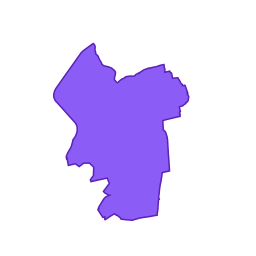 Haarlem, Noord-Holland, Netherlands (Robinson projection), rotated 154°
{"feature_id": "6326949B1246311998557", "entity_name": "Haarlem", "entity_type": "district", "adm_level": 2, "iso_a3": "NLD", "parent_name": "Netherlands", "parent_adm1": "Noord-Holland", "projection": "robinson", "projection_center": [4.639, 52.384], "detail": "fine", "context": "isolated", "style": "filled", "palette": "violet", "viewbox_px": 256, "rotation_deg": 154, "n_neighbors": 0, "source": "geoboundaries", "source_scale": "gbopen_adm2", "svg_char_len": 5422}
<svg xmlns="http://www.w3.org/2000/svg" viewBox="0 0 256 256"><g transform="rotate(154 128 128)"><path d="M68.0,169.4L69.6,169.7L70.1,169.9L71.9,170.3L72.1,170.2L72.8,170.3L73.0,170.4L74.1,170.6L74.5,170.6L75.1,170.5L75.6,170.7L76.2,170.9L76.9,171.1L81.0,172.1L81.4,172.0L81.9,172.1L81.8,172.3L84.0,172.9L84.8,172.9L84.8,173.0L85.9,173.0L87.1,173.2L87.5,173.3L88.3,173.3L89.1,173.3L89.4,173.1L90.6,173.0L92.7,172.8L92.9,172.7L93.5,172.3L94.0,172.8L94.4,172.8L94.5,172.6L94.8,172.6L96.3,172.6L96.9,172.7L97.1,172.7L97.9,172.5L98.7,172.1L98.9,172.0L99.4,172.0L99.5,172.0L99.8,172.0L100.3,172.0L100.9,172.4L101.8,173.0L103.1,173.7L104.8,174.2L106.2,174.7L107.0,174.9L107.3,175.0L108.0,174.9L108.6,174.8L109.9,174.6L111.0,174.6L112.3,174.7L112.5,174.6L114.8,174.1L116.6,173.5L117.4,173.3L117.7,173.6L118.0,173.9L118.2,174.3L118.4,174.8L118.4,175.2L118.6,175.8L119.0,176.7L119.1,177.1L119.0,177.3L118.7,177.9L118.1,179.1L117.7,179.7L116.6,180.8L116.3,181.2L115.8,181.8L115.4,182.4L115.3,182.7L115.0,183.2L114.9,183.6L114.7,184.6L114.8,184.9L115.0,185.5L115.2,186.2L115.9,187.7L116.3,188.6L116.4,188.8L116.9,189.4L117.1,189.8L119.1,191.8L119.4,192.1L120.1,192.6L120.9,193.3L121.3,193.6L122.3,194.5L122.7,195.0L123.4,196.5L123.5,197.0L123.3,197.7L123.3,198.0L123.3,198.3L123.4,199.3L123.4,199.9L123.5,200.3L123.6,201.4L123.6,202.4L123.6,204.1L123.5,204.7L123.3,205.4L123.4,205.7L123.7,206.6L123.9,207.5L124.5,208.9L124.5,209.0L124.2,209.6L124.0,209.9L123.6,211.6L123.5,212.0L123.5,213.0L122.5,214.2L122.3,214.7L122.0,215.2L121.9,215.4L121.9,215.7L121.7,216.7L121.7,217.2L121.6,217.6L121.8,218.3L121.9,218.5L122.3,219.2L127.1,218.4L134.1,217.1L135.1,216.8L136.2,216.5L137.0,216.2L137.7,215.9L138.1,215.6L140.6,214.3L141.8,213.7L142.9,213.0L155.3,206.2L158.7,204.4L175.0,195.4L175.8,194.9L176.5,194.4L177.3,193.8L177.9,193.3L178.4,192.7L179.1,191.9L179.7,191.2L180.3,190.1L180.7,189.4L180.9,188.9L181.1,188.3L181.2,187.9L181.3,186.9L181.4,185.7L181.4,185.1L181.3,184.5L181.2,183.9L181.2,183.7L181.0,183.0L180.7,182.2L179.8,179.1L179.1,176.8L175.7,164.6L173.4,156.7L173.2,155.8L173.1,155.2L173.1,154.8L173.0,153.2L173.1,152.4L173.2,151.7L173.4,151.0L173.8,150.1L173.9,149.8L174.0,149.7L174.3,148.9L175.2,147.3L175.4,147.1L176.1,146.3L177.2,145.1L178.0,144.4L178.7,143.8L179.3,143.4L180.9,142.4L181.3,142.2L182.7,141.5L183.0,141.0L183.5,140.3L185.2,138.4L186.5,136.9L187.5,135.9L188.4,135.2L191.7,133.0L192.8,132.3L193.3,131.9L195.0,130.4L195.5,130.0L195.9,129.5L196.3,128.9L196.5,128.5L196.4,127.9L196.4,127.6L196.5,127.4L196.1,127.5L198.0,120.5L191.0,118.9L188.8,114.7L183.2,115.8L178.1,113.4L178.0,113.2L176.0,107.8L179.9,100.5L184.6,97.9L184.8,96.0L177.9,94.4L168.7,92.1L169.0,86.4L177.9,81.8L177.7,81.0L177.6,80.6L177.5,80.3L177.1,79.5L176.7,78.8L176.0,77.9L175.2,76.8L174.7,76.3L174.0,75.7L177.1,75.8L177.7,75.8L178.2,75.8L178.8,75.7L179.4,75.4L180.5,75.0L181.3,74.6L188.7,69.9L190.4,68.2L190.0,68.0L190.3,67.7L190.5,67.7L190.8,67.8L190.9,67.7L190.8,66.7L189.8,58.7L187.9,58.3L188.0,58.2L188.2,57.9L188.6,56.9L188.9,55.9L188.8,55.6L188.2,55.7L187.3,55.7L186.3,55.9L185.6,56.0L184.1,56.2L182.0,56.5L179.8,56.7L178.4,56.8L177.9,57.0L176.7,54.7L176.4,54.8L175.2,52.7L175.1,52.2L174.5,51.2L174.3,50.7L174.2,50.3L174.3,49.4L174.2,49.2L173.8,48.9L170.6,46.8L170.0,46.4L168.5,45.6L167.6,45.0L167.1,44.7L166.3,44.2L165.9,43.9L165.2,43.6L164.5,43.2L164.2,43.1L163.4,43.0L162.8,42.9L161.1,42.7L159.7,42.4L158.9,42.2L157.8,42.1L157.5,42.1L156.7,41.8L154.1,41.1L150.5,39.9L149.6,39.7L147.3,38.9L145.8,38.5L145.1,38.3L144.8,38.2L142.8,37.7L140.1,36.8L138.8,38.9L138.4,39.7L138.2,39.7L136.7,42.0L136.3,42.6L136.1,43.0L135.9,43.3L135.3,44.6L134.9,45.3L134.7,45.6L134.5,45.9L133.3,47.9L132.0,50.2L131.1,50.2L131.0,50.6L130.9,51.7L130.8,52.5L129.9,53.7L128.9,55.2L127.5,57.5L126.7,58.8L124.6,61.9L123.3,63.8L122.6,64.4L122.2,65.0L121.7,65.7L121.3,66.3L120.3,67.7L118.7,70.0L117.9,71.2L117.7,71.5L116.9,72.6L116.7,72.9L109.5,71.2L108.8,72.9L108.5,73.6L106.3,79.0L105.9,80.1L105.5,80.8L103.5,86.0L101.1,91.8L100.3,93.7L97.9,99.4L97.6,100.1L97.4,100.9L97.2,101.5L97.0,102.6L96.8,102.6L96.6,104.0L96.2,106.2L96.1,107.4L96.1,108.3L96.2,108.6L96.7,110.1L96.8,110.4L97.1,111.0L97.0,111.4L96.6,112.1L96.3,112.6L96.2,112.8L96.1,113.2L95.6,114.3L95.2,115.4L95.0,115.8L94.7,116.7L94.0,118.0L93.4,119.4L89.0,118.6L84.7,117.6L80.1,116.6L76.1,115.6L75.4,116.9L75.6,117.0L75.2,117.9L75.4,117.9L74.9,119.1L74.9,119.3L74.5,119.8L74.4,119.8L74.1,119.7L73.7,119.8L73.7,120.0L73.5,120.4L73.5,120.6L73.4,121.0L73.0,122.9L72.5,124.5L72.3,124.5L72.1,124.5L69.0,123.9L68.9,124.2L68.7,124.3L67.3,124.4L67.2,124.4L66.5,124.5L65.8,124.6L65.2,124.8L64.9,125.0L64.9,125.4L64.8,125.5L64.7,125.6L63.8,125.4L63.6,125.4L62.3,126.0L62.1,126.1L61.6,126.8L60.2,128.7L59.7,129.5L59.6,129.8L59.6,130.0L59.7,131.4L59.7,132.0L59.8,132.2L59.7,132.2L59.3,132.4L59.1,133.3L59.2,133.9L59.3,134.0L59.2,134.1L58.9,133.9L58.4,137.9L58.1,140.6L58.0,140.8L58.0,141.0L58.1,141.3L58.3,141.6L60.5,142.1L60.3,142.6L60.1,143.2L60.2,143.6L60.8,145.0L60.8,145.5L60.8,146.3L60.8,147.3L60.9,147.8L61.1,149.9L61.2,151.3L66.1,153.2L65.9,153.8L65.9,154.0L65.6,154.9L65.2,156.6L64.8,158.3L65.0,158.5L65.3,158.9L65.4,159.0L65.5,159.2L65.6,159.5L65.7,159.8L65.7,160.1L65.5,160.8L70.5,162.0L70.3,162.4L70.0,162.8L69.6,163.6L69.1,164.7L69.0,164.8L68.9,165.5L69.0,166.0L69.0,166.4L68.9,166.7L68.5,167.4L68.0,168.4L67.9,168.7L68.0,169.1L68.0,169.4Z" fill="#8b5cf6" stroke="#5b21b6" stroke-width="1.5"/></g></svg>